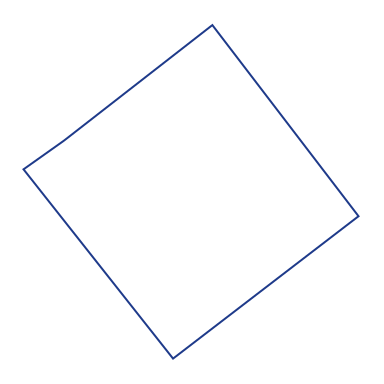 the district of Crawford, Michigan, United States of America, rotated 142°
{"feature_id": "52423323B93401682772599", "entity_name": "Crawford", "entity_type": "district", "adm_level": 2, "iso_a3": "USA", "parent_name": "United States of America", "parent_adm1": "Michigan", "projection": "orthographic", "projection_center": [-84.626, 44.683], "detail": "fine", "context": "isolated", "style": "outline", "palette": "blue", "viewbox_px": 384, "rotation_deg": 142, "n_neighbors": 0, "source": "geoboundaries", "source_scale": "gbopen_adm2", "svg_char_len": 232}
<svg xmlns="http://www.w3.org/2000/svg" viewBox="0 0 384 384"><g transform="rotate(142 192 192)"><path d="M75.7,70.4L73.2,311.0L261.1,311.3L310.8,313.6L309.5,72.4L75.7,70.4Z" fill="none" stroke="#1e3a8a" stroke-width="2"/></g></svg>